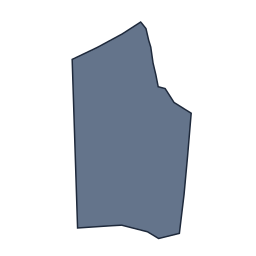 the district of Taba, Shamal Sina', Egypt, rotated 276°
{"feature_id": "37247803B8228928204650", "entity_name": "Taba", "entity_type": "district", "adm_level": 2, "iso_a3": "EGY", "parent_name": "Egypt", "parent_adm1": "Shamal Sina'", "projection": "albers", "projection_center": [34.855, 29.499], "detail": "fine", "context": "isolated", "style": "filled", "palette": "slate", "viewbox_px": 256, "rotation_deg": 276, "n_neighbors": 0, "source": "geoboundaries", "source_scale": "gbopen_adm2", "svg_char_len": 519}
<svg xmlns="http://www.w3.org/2000/svg" viewBox="0 0 256 256"><g transform="rotate(276 128 128)"><path d="M23.3,88.3L29.1,121.9L30.7,131.9L26.8,158.3L21.3,170.0L28.6,190.1L67.8,190.7L105.9,190.2L149.3,189.3L152.9,181.9L158.2,171.1L165.0,165.7L171.1,160.8L172.2,153.7L183.6,150.2L195.3,146.1L210.8,142.2L217.4,139.4L228.7,135.5L231.9,132.4L232.2,132.1L232.3,132.0L232.7,131.6L233.7,130.6L234.7,129.5L220.7,112.1L219.3,110.0L205.0,89.1L190.4,65.3L23.3,88.3Z" fill="#64748b" stroke="#1e293b" stroke-width="1.5"/></g></svg>